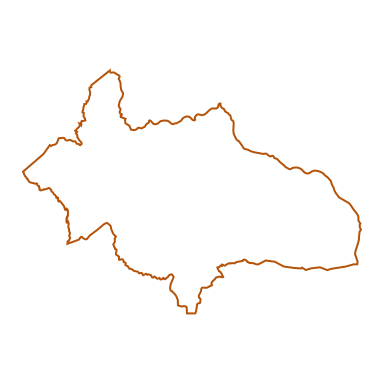 the district of Emiliano Zapata, Tlaxcala, Mexico
{"feature_id": "50627088B67872726344877", "entity_name": "Emiliano Zapata", "entity_type": "district", "adm_level": 2, "iso_a3": "MEX", "parent_name": "Mexico", "parent_adm1": "Tlaxcala", "projection": "mercator", "projection_center": [-97.939, 19.566], "detail": "fine", "context": "isolated", "style": "outline", "palette": "amber", "viewbox_px": 384, "rotation_deg": 0, "n_neighbors": 0, "source": "geoboundaries", "source_scale": "gbopen_adm2", "svg_char_len": 5949}
<svg xmlns="http://www.w3.org/2000/svg" viewBox="0 0 384 384"><path d="M109.7,70.6L91.3,85.2L91.3,87.2L89.6,87.5L89.3,89.5L90.2,92.5L89.9,95.2L89.1,97.3L89.0,98.6L87.8,101.3L87.4,101.5L86.6,101.3L86.6,102.6L86.2,103.8L84.2,104.2L84.3,104.9L83.5,107.1L83.2,110.2L82.6,110.8L82.5,112.4L83.8,112.8L83.5,116.2L84.1,117.3L85.0,118.5L85.3,120.4L83.0,121.0L81.8,121.0L81.5,121.3L81.1,122.4L81.4,124.1L81.2,125.0L80.6,124.0L79.4,123.5L79.9,124.8L79.7,125.8L78.7,127.3L77.4,128.4L76.1,130.0L75.2,130.5L75.3,130.9L77.1,131.9L75.9,133.2L77.2,135.0L77.4,137.5L78.1,138.1L78.9,139.7L81.4,142.6L81.7,143.4L81.6,144.0L80.1,145.2L79.5,144.9L78.9,144.1L76.8,143.7L75.2,141.3L72.7,141.3L70.1,139.8L67.7,140.4L66.4,140.4L65.5,139.9L64.3,138.1L64.0,138.0L62.7,137.8L58.7,138.3L57.0,142.8L55.5,144.4L52.2,145.2L51.1,146.0L49.8,145.1L43.6,153.9L23.0,171.7L23.7,172.8L23.9,173.7L25.0,176.0L26.3,177.4L26.7,178.6L27.4,178.6L28.3,180.5L29.0,181.6L30.2,182.4L35.3,183.7L36.6,183.4L37.1,183.7L37.5,185.4L39.0,186.1L39.2,186.7L39.0,187.3L39.7,188.5L39.4,189.6L40.4,190.4L41.3,190.3L44.1,189.3L44.3,189.5L46.1,189.1L48.4,188.1L49.8,188.3L50.8,189.7L51.3,190.0L51.3,190.9L51.6,191.4L53.1,192.7L54.2,194.5L55.2,195.1L56.1,196.5L56.2,197.6L56.8,197.9L57.5,197.4L58.1,197.8L57.8,199.2L58.4,201.3L58.8,201.5L59.7,200.8L61.2,202.5L63.9,206.0L65.1,209.7L66.4,210.0L66.7,209.7L66.7,208.9L67.3,209.3L67.8,210.4L68.0,212.3L67.9,214.9L67.0,217.0L67.5,216.8L66.4,219.9L67.3,220.4L66.4,222.0L66.8,222.6L68.0,222.7L68.3,222.3L68.7,223.4L68.3,226.5L68.4,227.7L69.1,229.1L69.1,231.1L70.0,233.0L69.8,234.1L69.1,235.7L70.2,237.8L68.7,241.0L68.0,241.1L67.6,241.4L67.4,243.8L78.2,239.9L79.2,239.3L80.5,237.3L81.3,236.8L81.9,236.9L82.8,237.9L85.0,239.2L86.3,239.3L86.8,239.1L90.0,235.3L97.5,229.7L103.9,224.3L105.9,223.2L107.4,223.1L110.3,225.5L110.8,226.6L111.1,228.7L112.7,232.7L113.7,234.4L115.6,236.2L115.9,236.7L115.4,237.2L114.8,238.5L114.8,241.9L113.3,244.4L114.2,246.9L115.0,247.9L115.0,248.9L116.1,249.3L116.5,249.7L116.6,250.1L116.0,253.0L116.1,254.5L116.5,255.0L118.2,256.0L119.0,256.7L118.9,259.1L119.1,259.8L120.0,259.8L121.5,259.2L122.7,259.4L123.5,260.7L123.7,262.1L125.2,262.5L125.6,262.9L125.7,263.4L125.3,264.7L125.5,265.2L127.8,266.2L129.2,268.5L129.7,268.8L131.2,268.8L134.0,270.9L137.7,271.7L138.2,272.1L138.8,273.1L139.2,273.3L140.6,272.9L141.6,273.0L142.2,273.5L143.1,275.2L146.3,273.8L147.3,274.8L148.2,274.4L148.8,274.4L151.1,275.3L151.7,276.9L152.4,277.5L153.3,277.5L154.2,276.5L154.8,276.6L155.7,277.3L156.7,278.5L157.8,278.6L159.5,278.0L160.2,279.3L161.1,279.5L162.1,279.1L162.9,278.1L163.3,277.9L163.8,278.1L164.4,279.2L165.2,279.1L167.8,277.0L169.1,275.3L171.1,274.3L172.0,274.5L173.4,276.4L173.5,277.3L172.9,279.1L170.7,283.9L170.1,288.3L170.3,289.6L170.9,290.8L171.5,291.2L172.2,291.3L173.5,292.9L174.7,293.9L176.5,296.6L178.0,300.6L177.8,301.7L178.0,305.4L181.7,306.5L183.9,306.1L185.9,306.5L186.3,306.9L186.7,307.7L187.0,313.4L195.2,313.4L196.0,311.8L197.1,304.5L197.4,304.0L198.1,303.4L199.9,303.0L200.3,302.1L200.5,299.2L200.2,298.6L198.9,297.5L198.8,296.2L198.8,295.6L200.9,291.5L201.4,288.7L201.9,287.9L202.8,287.6L206.3,287.8L207.5,287.5L209.5,286.3L212.0,285.2L211.5,283.8L211.5,283.1L211.8,282.4L212.4,281.5L214.8,279.2L216.1,277.5L219.5,276.6L221.8,277.1L222.5,276.9L223.6,277.7L220.7,272.2L219.1,271.2L217.4,268.0L217.4,267.4L219.5,267.0L220.5,265.6L221.9,265.9L222.0,264.6L222.5,264.6L224.5,265.7L225.3,265.5L226.3,264.6L227.6,263.9L229.3,263.2L230.4,263.6L231.2,263.1L234.9,263.3L236.0,262.2L243.0,260.8L243.3,259.8L245.3,259.7L246.7,260.8L247.4,262.0L247.9,261.9L249.5,263.0L253.4,263.2L256.3,264.3L258.2,264.4L265.7,260.5L274.7,261.7L283.7,266.5L293.6,267.9L300.9,268.5L302.0,267.6L305.8,270.0L311.0,268.4L320.0,267.3L327.2,270.1L331.3,268.8L345.5,266.6L353.8,264.3L357.2,264.3L357.6,262.0L357.5,261.4L355.6,255.6L355.2,254.9L355.1,253.2L355.5,251.2L358.3,242.3L359.0,239.2L358.9,237.1L359.5,233.5L359.4,232.1L361.0,229.5L360.0,228.0L359.6,225.1L360.4,223.5L358.8,221.5L358.4,219.8L358.4,216.8L357.6,214.8L355.6,211.9L353.5,209.4L350.4,204.7L348.9,203.1L338.9,197.3L335.6,192.7L334.5,190.7L333.7,188.0L331.5,183.6L330.9,181.0L327.4,177.1L325.1,175.6L323.7,173.8L321.5,172.4L319.2,171.4L315.6,170.6L313.8,170.7L312.0,171.4L310.1,172.7L308.1,173.6L305.6,173.1L304.3,172.2L301.2,169.1L298.4,167.8L297.1,167.5L294.6,167.5L293.5,167.7L292.3,168.1L290.6,169.1L289.5,169.2L285.8,167.2L284.1,165.5L280.1,162.2L277.0,158.9L274.3,158.0L273.9,157.0L273.1,156.0L272.0,155.8L271.4,156.2L270.3,156.4L268.0,155.2L267.0,154.1L266.1,153.6L263.1,153.9L254.0,152.2L251.0,151.3L247.7,149.6L245.1,149.1L243.7,148.4L242.1,145.7L238.9,141.2L237.8,140.7L236.4,139.4L233.8,134.1L233.3,130.5L233.7,123.4L233.6,122.3L233.2,121.1L231.8,120.1L231.0,118.7L230.5,115.9L230.3,115.4L229.0,114.5L228.1,113.2L225.3,111.6L223.8,108.8L223.0,108.6L221.4,107.4L220.5,105.4L220.5,103.6L220.2,103.4L219.0,104.0L218.6,104.5L218.4,105.0L218.3,106.7L217.3,107.9L216.5,108.4L214.3,108.5L212.3,108.4L211.2,108.8L209.3,110.2L206.5,113.0L204.5,114.5L202.0,115.2L198.2,114.3L197.0,114.7L195.8,115.8L195.1,116.8L194.8,118.1L195.1,119.6L194.6,120.4L192.7,120.0L189.5,116.9L188.3,116.5L186.1,116.6L184.2,117.3L182.4,118.8L181.1,120.7L176.6,123.3L175.0,123.4L173.1,124.2L172.0,124.0L168.5,121.2L167.2,120.7L163.8,120.5L160.5,121.2L157.7,123.6L156.0,124.3L153.7,124.0L151.8,122.1L151.0,121.0L150.4,120.6L149.5,120.4L149.2,120.7L148.8,122.6L146.3,124.2L144.9,126.6L141.5,128.4L138.8,127.7L137.7,128.0L136.9,129.1L134.5,130.2L131.0,129.6L129.3,125.7L125.4,123.2L125.0,119.8L125.5,118.8L120.8,117.1L120.6,116.5L120.8,115.7L121.5,115.5L121.8,114.9L121.7,114.2L120.1,113.5L119.6,111.8L120.5,109.9L120.4,108.6L119.4,107.7L119.3,106.8L118.7,105.8L118.8,105.2L119.7,101.4L122.6,96.4L123.1,93.7L122.7,92.4L121.9,91.2L121.1,89.5L120.5,85.6L120.7,83.9L119.6,80.4L118.7,78.9L119.7,76.6L119.6,76.2L119.1,75.6L114.1,72.5L113.3,72.4L110.9,72.7L109.6,71.3L109.7,70.6Z" fill="none" stroke="#b45309" stroke-width="2"/></svg>